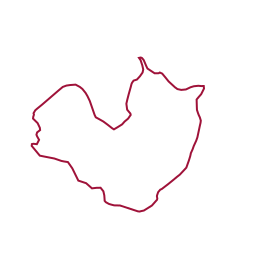 the district of Shibin al-Kum, Al Minufiyah, Egypt, rotated 229°
{"feature_id": "37247803B46387157880741", "entity_name": "Shibin al-Kum", "entity_type": "district", "adm_level": 2, "iso_a3": "EGY", "parent_name": "Egypt", "parent_adm1": "Al Minufiyah", "projection": "orthographic", "projection_center": [31.014, 30.556], "detail": "fine", "context": "isolated", "style": "outline", "palette": "rose", "viewbox_px": 256, "rotation_deg": 229, "n_neighbors": 0, "source": "geoboundaries", "source_scale": "gbopen_adm2", "svg_char_len": 1825}
<svg xmlns="http://www.w3.org/2000/svg" viewBox="0 0 256 256"><g transform="rotate(229 128 128)"><path d="M184.1,60.3L184.3,56.5L183.0,54.5L181.9,54.1L181.2,53.9L177.4,53.1L175.6,48.6L178.2,46.2L178.9,44.9L178.3,44.3L177.7,43.6L165.0,43.3L161.1,46.3L153.3,52.4L146.9,56.1L144.8,57.7L141.7,60.3L134.1,59.5L120.9,56.0L113.8,60.2L106.1,61.2L103.5,65.0L100.9,68.1L96.4,67.9L92.7,65.9L89.1,63.2L88.4,62.6L86.5,62.6L83.2,63.8L81.3,65.0L78.7,66.8L74.8,71.1L58.6,80.8L57.3,82.0L56.7,83.3L55.3,85.8L53.8,95.2L54.3,99.0L54.8,102.8L55.5,103.8L57.6,105.1L57.9,105.5L58.1,105.7L58.2,105.9L59.8,108.7L60.3,111.9L59.8,113.5L59.3,121.9L59.1,127.6L59.0,132.7L58.8,136.5L59.8,146.0L63.4,152.4L65.8,156.3L67.1,158.1L67.7,158.8L69.5,162.7L71.3,165.9L73.6,171.0L75.4,174.2L82.7,183.9L84.3,186.1L85.8,187.8L88.9,189.2L91.4,189.9L93.3,190.6L96.4,191.9L98.9,193.9L104.5,198.5L105.0,201.6L105.5,205.4L107.9,211.2L110.0,212.7L111.7,210.7L113.7,208.8L116.3,205.1L117.7,202.0L119.1,197.0L121.8,193.2L125.0,190.8L126.6,190.5L127.6,190.2L136.5,189.2L141.5,189.4L146.6,189.5L149.0,188.4L149.2,187.1L151.8,184.0L160.1,181.7L162.7,182.4L168.9,184.4L171.5,184.5L172.8,183.9L173.7,182.3L170.9,182.0L165.9,179.9L162.2,177.9L160.3,175.4L159.2,170.9L158.7,166.5L160.1,163.3L159.5,160.8L158.9,159.5L157.1,156.9L152.9,150.5L149.8,146.0L147.4,142.7L142.4,139.4L138.6,139.3L137.4,139.3L136.1,138.6L135.8,137.4L135.0,134.2L135.1,129.7L134.6,125.9L135.4,120.9L136.2,116.5L138.1,115.9L143.8,114.8L148.4,113.8L148.6,113.7L148.9,113.7L154.0,111.9L157.2,110.7L159.8,111.4L173.5,116.9L178.6,118.3L182.3,119.0L187.4,119.2L190.6,118.6L195.1,116.9L198.4,112.5L199.3,111.1L200.4,109.4L201.8,105.7L201.9,100.0L202.0,78.5L202.2,72.2L202.2,69.6L201.1,66.4L199.8,65.8L198.6,63.8L197.4,62.5L191.0,63.0L186.0,61.6L184.1,60.3Z" fill="none" stroke="#9f1239" stroke-width="2"/></g></svg>